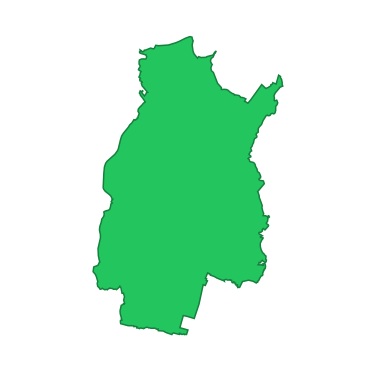 outline of Kota Salatiga, Jawa Tengah, Indonesia, rotated 18°
{"feature_id": "22746128B99456803569608", "entity_name": "Kota Salatiga", "entity_type": "district", "adm_level": 2, "iso_a3": "IDN", "parent_name": "Indonesia", "parent_adm1": "Jawa Tengah", "projection": "albers", "projection_center": [110.501, -7.337], "detail": "fine", "context": "isolated", "style": "filled", "palette": "green", "viewbox_px": 384, "rotation_deg": 18, "n_neighbors": 0, "source": "geoboundaries", "source_scale": "gbopen_adm2", "svg_char_len": 5984}
<svg xmlns="http://www.w3.org/2000/svg" viewBox="0 0 384 384"><g transform="rotate(18 192 192)"><path d="M110.0,104.0L111.7,106.4L118.9,110.9L118.2,111.3L117.9,111.9L117.9,112.8L117.1,115.3L113.7,113.2L113.4,112.4L114.0,111.8L114.1,111.2L113.6,111.0L112.9,112.3L111.5,111.8L111.4,114.2L112.3,114.8L113.2,116.1L115.9,117.8L119.7,120.8L118.3,122.6L117.6,124.6L116.3,127.1L115.3,129.7L115.7,132.0L117.6,133.8L117.3,136.9L117.6,137.5L117.7,138.2L117.0,138.5L117.0,139.6L116.1,140.9L115.6,140.7L115.3,141.3L114.4,141.2L113.5,144.8L112.0,147.5L111.5,149.9L108.6,157.3L107.8,160.5L107.8,163.8L108.6,174.1L108.4,175.7L107.0,180.0L101.8,188.9L101.0,191.4L101.0,195.4L102.4,201.6L106.2,215.4L107.1,216.6L109.2,218.1L114.5,220.1L116.3,221.1L118.0,223.0L118.2,223.9L118.8,223.6L118.1,226.1L118.5,226.6L119.6,227.1L118.6,228.4L119.0,231.2L119.1,233.4L118.6,234.6L117.8,235.4L116.4,236.2L114.8,237.5L114.3,238.3L115.3,240.0L115.6,242.4L114.6,245.6L115.0,248.9L115.0,253.1L115.3,255.1L115.9,257.1L118.0,260.7L119.1,263.9L120.1,274.8L122.6,281.5L124.8,285.4L126.0,287.1L125.6,287.4L125.3,290.5L124.0,291.9L122.5,292.9L121.7,293.7L122.6,298.4L125.4,300.1L127.0,301.8L130.1,306.3L130.0,307.6L130.2,308.5L131.4,310.8L133.3,311.8L134.7,312.9L136.1,312.1L136.4,311.3L138.9,311.9L139.4,311.9L140.4,311.1L141.7,311.2L142.4,309.8L143.0,309.5L143.5,308.7L144.7,308.8L145.9,308.4L147.4,308.8L149.2,308.0L150.4,308.2L152.3,304.9L152.5,303.9L153.9,304.9L156.8,310.0L158.1,309.4L160.1,312.4L160.4,316.0L162.4,318.8L162.1,319.6L161.3,319.5L160.9,320.5L159.7,321.7L160.3,327.3L161.5,330.2L164.0,333.9L163.9,334.7L165.0,335.4L163.7,336.5L164.2,338.1L164.9,339.3L172.4,338.9L174.7,338.3L175.2,337.8L176.1,337.9L177.9,337.2L178.3,338.0L180.3,337.2L181.2,337.2L181.2,337.8L181.6,338.4L182.5,338.0L184.2,338.2L185.0,337.2L187.3,337.0L187.7,336.7L188.3,336.9L189.5,335.5L191.0,334.5L191.6,334.4L192.7,334.7L194.0,334.2L195.0,334.3L199.1,332.9L200.3,333.4L201.4,333.3L202.0,332.9L202.0,333.3L202.8,334.3L207.6,333.1L210.8,333.7L216.9,333.8L217.2,332.5L217.9,331.8L224.0,331.4L224.3,331.0L223.9,330.1L224.2,330.0L225.9,330.7L227.1,330.3L227.8,329.7L228.3,329.5L228.8,330.0L230.3,329.2L230.8,329.2L230.8,324.5L222.4,324.8L221.9,312.2L225.6,311.8L233.2,311.6L233.3,296.5L231.3,276.8L233.5,276.8L234.1,271.7L232.7,271.6L232.7,270.0L231.4,269.9L231.9,264.1L233.5,264.2L233.5,264.6L235.2,264.7L235.2,265.4L239.5,265.5L242.6,266.2L249.7,266.6L250.3,266.8L249.7,265.7L251.2,264.7L251.3,264.9L251.8,264.6L252.9,264.8L254.5,264.3L254.5,264.0L255.4,263.7L255.8,264.1L256.1,263.8L256.9,263.7L257.9,265.5L258.4,265.8L259.4,265.5L259.4,264.6L259.9,264.6L259.9,265.4L261.5,265.3L261.5,266.1L262.1,266.2L262.4,266.8L263.8,266.3L263.8,267.1L264.2,267.1L264.2,267.9L264.7,268.0L265.0,268.7L266.8,268.0L267.7,261.6L273.0,258.4L277.7,258.0L281.2,258.7L281.6,257.7L282.3,257.6L282.2,256.3L282.8,255.6L283.2,252.4L283.8,250.5L284.3,249.8L284.7,249.8L284.9,249.5L284.8,248.3L284.3,247.5L284.5,245.3L284.3,244.3L284.7,244.2L284.7,242.7L285.3,242.3L284.9,239.8L283.5,237.5L281.6,238.5L282.4,239.7L281.4,240.0L280.3,239.7L280.0,240.1L277.4,240.7L277.8,239.7L277.6,238.2L279.1,238.1L279.1,236.5L279.9,235.2L281.1,236.0L283.1,236.3L283.7,236.1L284.0,235.3L283.8,233.6L283.1,233.5L282.8,232.8L282.2,230.1L280.2,229.2L279.2,228.3L278.0,228.0L275.8,225.8L274.2,223.4L273.1,220.8L272.8,219.5L273.2,216.1L273.9,214.3L273.8,213.7L271.2,214.0L270.9,213.4L272.5,211.9L270.4,211.3L268.9,211.3L268.2,210.1L268.5,209.5L269.4,209.3L270.3,208.6L270.8,207.7L271.0,207.1L270.4,206.3L270.9,204.9L271.4,204.6L272.2,205.4L273.1,205.5L275.2,200.9L275.1,200.1L274.7,199.7L272.5,199.0L272.3,198.6L272.9,196.6L272.5,194.3L272.0,193.1L272.8,192.8L273.3,191.8L272.4,190.9L272.0,191.0L271.8,191.7L270.6,192.1L269.6,191.8L267.0,192.5L266.8,190.2L265.4,188.6L263.4,185.4L262.9,183.1L257.6,176.3L257.1,174.9L255.3,172.3L254.3,171.4L258.2,161.8L256.5,159.4L253.1,159.9L251.8,159.5L251.8,158.4L252.8,157.4L252.5,155.9L250.2,153.1L248.7,152.6L247.9,152.0L247.3,151.3L246.8,150.1L244.4,147.9L243.9,146.8L243.1,145.9L241.8,145.1L240.7,144.9L238.3,145.2L237.5,145.1L236.5,143.6L235.0,142.9L235.3,142.2L237.1,140.3L236.7,139.6L234.7,138.8L234.5,138.3L234.8,137.4L235.0,135.7L236.0,134.5L234.2,132.1L235.0,130.1L234.9,128.3L235.3,126.2L234.9,123.2L235.1,121.9L236.5,120.2L236.7,119.5L236.3,118.6L235.4,118.0L235.1,116.5L236.5,114.7L235.6,111.8L235.5,110.8L235.8,109.6L237.3,106.2L237.5,102.3L238.9,96.6L239.9,95.6L240.3,95.9L241.6,95.7L242.3,95.2L242.7,94.6L243.0,93.1L244.2,92.4L245.7,92.4L246.3,91.7L246.5,90.7L246.4,88.5L245.3,85.3L245.3,84.3L245.9,82.8L246.0,80.8L244.3,78.5L244.0,78.5L242.5,79.7L241.7,79.2L241.4,77.2L240.2,75.2L240.6,72.0L243.0,66.2L243.0,65.5L245.6,63.2L244.4,61.6L244.0,60.1L242.3,57.1L241.0,56.2L240.5,54.8L238.3,54.1L238.6,63.3L235.1,63.1L235.2,63.7L234.8,64.8L233.9,65.5L234.1,66.7L232.1,69.1L230.2,70.7L225.1,68.3L219.6,85.5L217.7,90.3L214.6,89.4L214.1,89.5L213.7,90.1L214.5,86.8L212.4,86.5L210.2,86.6L209.0,87.0L208.5,86.5L207.0,85.7L203.4,86.2L202.5,86.7L202.2,86.2L201.1,85.8L200.1,85.9L197.0,85.1L194.9,84.1L193.1,83.9L191.2,84.3L188.3,85.4L187.6,83.6L182.7,80.7L175.4,71.7L173.1,70.7L172.4,69.7L171.5,67.7L171.8,64.4L170.9,63.9L169.4,62.3L169.0,61.0L169.0,59.0L170.3,57.3L170.6,55.2L170.5,53.4L171.1,52.9L171.5,50.3L170.4,52.1L169.6,55.3L164.5,58.5L163.4,59.7L158.9,61.3L156.5,61.2L155.9,63.0L151.3,60.0L149.5,57.8L146.8,52.3L146.3,48.6L146.5,48.0L145.5,47.0L144.1,44.7L141.9,44.9L138.1,47.9L133.8,52.2L130.7,54.9L124.1,59.5L115.2,63.1L112.2,63.7L111.7,67.0L111.1,67.8L108.2,67.9L103.7,71.6L102.8,71.8L102.7,73.0L101.7,74.0L101.0,73.8L100.4,73.3L98.7,72.9L99.4,74.3L98.8,74.8L99.0,75.4L99.7,76.0L106.0,75.9L106.2,76.5L107.0,77.0L107.2,78.8L106.9,79.9L104.7,80.4L102.7,81.2L101.2,82.7L101.3,84.1L102.2,86.8L103.8,88.2L103.8,89.8L103.3,90.9L103.3,92.3L106.3,93.2L106.0,94.6L106.3,96.7L106.0,99.1L106.6,99.5L107.4,99.5L107.9,100.0L107.5,101.0L108.1,102.3L109.7,102.4L110.7,103.0L110.0,104.0Z" fill="#22c55e" stroke="#15803d" stroke-width="1.5"/></g></svg>